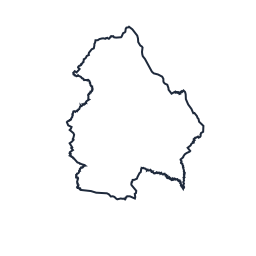 Khok Charoen, Lop Buri, Thailand (Mercator projection), rotated 220°
{"feature_id": "78962969B49481349278352", "entity_name": "Khok Charoen", "entity_type": "district", "adm_level": 2, "iso_a3": "THA", "parent_name": "Thailand", "parent_adm1": "Lop Buri", "projection": "mercator", "projection_center": [100.85, 15.427], "detail": "fine", "context": "isolated", "style": "outline", "palette": "slate", "viewbox_px": 256, "rotation_deg": 220, "n_neighbors": 0, "source": "geoboundaries", "source_scale": "gbopen_adm2", "svg_char_len": 5824}
<svg xmlns="http://www.w3.org/2000/svg" viewBox="0 0 256 256"><g transform="rotate(220 128 128)"><path d="M205.4,180.0L207.0,177.8L207.6,175.8L209.3,174.3L208.1,172.3L207.8,170.8L206.8,169.6L205.4,167.0L206.4,165.0L206.3,160.6L205.6,159.2L204.9,158.8L205.9,156.6L205.4,154.7L205.7,152.4L206.0,152.2L204.5,149.9L204.9,149.2L204.5,148.1L204.9,147.2L204.6,147.1L204.7,146.2L204.4,146.0L204.7,145.1L205.3,144.5L205.5,143.0L205.1,142.2L203.0,142.1L203.0,140.4L203.2,137.5L205.3,137.3L205.4,135.1L204.7,134.9L204.6,134.3L204.2,134.0L203.0,134.5L202.6,134.0L201.3,134.6L200.8,134.5L199.9,135.7L200.1,136.3L199.3,136.2L197.0,136.9L195.3,136.5L195.0,136.8L193.7,137.0L193.3,136.6L192.5,136.4L190.9,137.9L189.9,138.2L190.0,138.7L189.7,139.1L189.2,139.0L189.1,139.3L187.8,139.2L187.4,138.8L186.3,138.5L186.2,137.9L185.1,137.5L184.1,136.6L183.3,136.7L183.2,136.4L182.7,136.3L182.1,136.7L181.7,136.1L180.8,135.7L180.2,135.1L180.4,134.7L179.8,134.5L179.4,133.6L179.7,133.4L179.5,132.6L179.8,132.2L179.5,131.7L180.0,131.5L179.6,130.9L179.8,130.8L179.9,130.1L179.6,129.6L179.9,129.2L179.5,128.9L179.9,128.0L179.7,127.5L178.8,127.0L177.0,124.6L176.1,124.8L177.0,121.9L176.9,120.9L176.1,120.3L176.7,120.0L176.4,118.9L176.9,118.6L176.7,118.1L177.1,118.0L177.0,117.5L177.8,117.1L177.3,116.8L177.6,116.3L177.6,114.9L178.0,114.5L178.4,114.6L178.1,114.3L178.4,113.5L177.5,111.1L178.0,110.2L177.7,109.5L178.2,108.8L177.8,108.1L178.4,107.8L178.9,107.0L178.8,106.5L180.1,106.3L180.5,105.5L179.7,104.1L179.7,103.4L179.2,103.1L179.3,102.6L178.3,102.0L178.3,101.1L177.7,100.4L177.7,98.9L177.2,98.1L177.4,97.8L177.2,97.2L177.9,96.6L177.6,95.9L178.6,94.3L178.6,93.2L175.5,91.6L171.9,92.5L171.3,90.9L171.4,89.0L166.6,89.0L164.9,88.2L163.4,85.1L163.2,84.0L162.1,83.9L162.2,81.5L162.9,78.8L158.3,77.3L158.6,76.2L156.0,75.7L157.0,72.1L156.5,71.1L155.7,71.4L155.7,70.8L154.8,70.6L154.9,70.3L154.3,70.0L154.5,69.5L153.0,69.9L152.7,69.6L151.6,70.1L150.4,70.0L150.3,69.6L149.2,69.8L144.6,69.1L143.0,69.8L141.8,69.7L141.5,70.2L140.6,70.3L137.5,71.7L137.3,71.4L136.7,71.5L137.4,70.7L137.3,69.8L137.7,69.7L137.4,68.4L137.8,67.9L138.2,68.1L138.6,67.8L138.6,67.2L138.3,66.1L138.5,65.7L137.9,65.1L138.0,64.1L137.6,64.0L137.8,63.8L137.5,63.2L137.2,62.8L137.0,62.0L137.0,61.4L137.7,60.3L137.3,59.4L137.6,58.9L137.1,58.5L137.1,58.1L136.0,56.8L134.9,57.8L134.2,57.6L133.8,57.2L133.9,56.5L133.3,56.2L132.6,54.3L131.9,53.9L131.7,53.3L130.8,53.2L130.7,52.7L129.4,51.9L129.1,52.2L128.9,51.9L128.7,51.4L129.1,50.6L129.0,49.9L128.1,49.6L126.9,50.5L126.1,50.2L126.0,50.6L125.5,50.4L125.4,50.8L124.9,50.5L125.2,50.2L124.5,50.1L115.8,55.9L110.8,58.0L102.2,64.4L100.1,64.9L97.1,64.5L95.8,65.9L94.1,66.5L91.7,66.3L90.4,66.5L88.2,69.4L86.9,70.1L85.9,71.1L84.3,71.4L84.3,71.9L85.1,73.0L84.6,73.7L85.0,74.6L84.7,75.2L82.6,76.9L77.4,78.4L78.0,79.7L80.5,81.9L80.1,83.3L81.3,85.2L88.5,86.5L89.2,86.9L90.1,88.2L90.0,88.6L90.5,89.2L90.3,89.6L91.1,91.2L89.8,92.4L88.6,95.0L89.2,96.4L90.2,100.8L89.9,102.4L91.7,105.4L91.5,106.0L91.8,106.3L90.6,106.9L90.6,107.3L88.8,107.8L88.5,108.1L87.4,107.9L86.4,108.6L86.1,108.0L85.9,108.7L85.1,108.5L84.5,109.1L84.0,109.9L84.0,110.3L82.5,110.3L82.5,109.8L82.1,109.7L81.7,109.8L81.2,110.4L81.1,109.8L80.5,110.2L79.1,109.9L78.4,110.3L78.3,111.0L77.9,111.1L77.7,111.9L77.3,112.0L77.4,112.4L76.6,112.4L76.5,112.9L75.9,112.9L75.6,113.8L74.5,113.7L74.1,114.5L73.7,114.0L73.4,114.9L72.9,114.6L71.4,114.8L70.8,115.5L71.0,116.1L70.6,116.5L70.1,116.1L69.1,116.5L69.0,116.0L68.4,115.9L67.8,116.3L67.9,115.8L67.5,115.9L67.5,115.5L66.2,114.9L65.3,115.1L65.0,115.5L64.8,116.2L65.4,116.3L65.1,116.9L63.9,116.8L63.9,115.8L62.9,116.0L63.0,116.4L61.5,116.2L61.5,116.7L61.0,116.9L61.2,117.2L60.6,117.2L60.9,116.9L60.6,116.7L60.1,117.3L60.4,117.7L59.8,118.3L60.2,118.5L59.0,118.8L59.2,119.1L58.9,119.1L58.8,119.6L57.8,119.8L57.3,120.5L56.3,119.9L55.7,119.9L55.8,120.4L55.2,120.4L54.9,120.9L54.5,120.5L54.1,120.7L54.0,120.3L53.5,120.6L53.0,120.5L52.5,120.1L52.5,119.3L51.1,119.1L50.7,118.1L50.3,118.1L50.2,117.9L49.4,117.6L48.9,118.3L48.8,118.0L48.4,118.2L47.9,117.3L46.7,116.9L47.0,117.6L46.7,118.0L47.0,118.8L49.0,119.7L49.4,121.4L50.9,122.1L51.3,123.8L52.5,124.7L52.8,125.5L53.4,125.7L53.2,126.2L53.7,126.2L54.0,127.5L55.0,127.9L55.3,128.4L55.0,128.9L55.6,130.0L56.2,129.8L56.3,130.3L57.2,130.5L57.3,130.9L58.2,131.7L60.6,133.2L60.4,133.6L61.3,134.0L61.6,134.6L62.7,134.8L63.3,135.5L64.7,135.2L65.1,135.5L65.0,135.9L65.3,136.0L65.6,137.0L66.7,137.1L67.5,137.7L66.9,141.0L67.3,141.6L67.6,144.3L67.0,146.5L65.6,149.5L65.6,150.4L69.6,151.2L68.8,155.0L69.2,156.0L69.2,157.3L68.3,159.0L69.2,159.3L69.1,159.7L69.5,159.7L69.3,160.8L69.5,160.7L69.8,161.8L70.5,161.8L70.3,163.7L69.9,163.7L68.9,166.4L67.7,166.0L67.1,167.3L67.1,168.2L67.8,169.4L68.2,169.5L68.8,171.1L68.0,173.4L71.6,178.1L77.5,178.5L79.9,180.3L81.4,180.5L82.8,181.4L86.8,182.2L87.5,181.3L91.7,183.4L97.0,184.7L102.2,187.3L105.5,190.9L107.2,192.1L107.7,192.3L109.6,192.4L109.6,191.1L110.1,191.0L109.9,190.4L110.7,190.3L110.9,189.5L110.4,189.4L110.8,188.9L110.3,188.9L110.3,188.1L110.0,187.9L110.3,187.4L110.6,187.8L111.7,187.8L111.8,187.4L112.0,187.5L112.1,187.0L112.6,186.8L113.3,186.7L113.4,187.2L114.5,186.4L115.1,186.4L115.4,185.5L115.0,185.3L115.7,185.0L116.7,182.3L121.5,183.4L122.7,184.6L125.7,186.4L128.3,185.7L129.9,185.9L130.9,186.5L132.5,188.4L134.8,189.3L139.4,188.3L143.4,186.4L145.9,186.5L159.4,191.8L162.8,192.5L164.4,193.6L166.2,195.3L168.6,199.0L169.7,199.3L171.7,199.1L175.4,200.4L177.9,203.0L180.3,204.7L188.1,206.4L192.3,206.2L192.3,205.5L193.7,203.9L193.5,202.5L191.9,200.0L192.0,199.0L192.7,197.5L191.6,193.8L191.7,193.0L195.1,189.7L196.9,188.5L198.1,188.8L198.2,188.4L199.2,188.2L200.0,187.5L200.1,187.1L199.7,186.5L200.0,186.0L199.8,184.5L200.1,184.0L201.4,183.8L201.9,183.2L202.1,183.4L202.8,182.4L202.8,181.7L204.3,181.0L205.4,180.0Z" fill="none" stroke="#1e293b" stroke-width="2"/></g></svg>